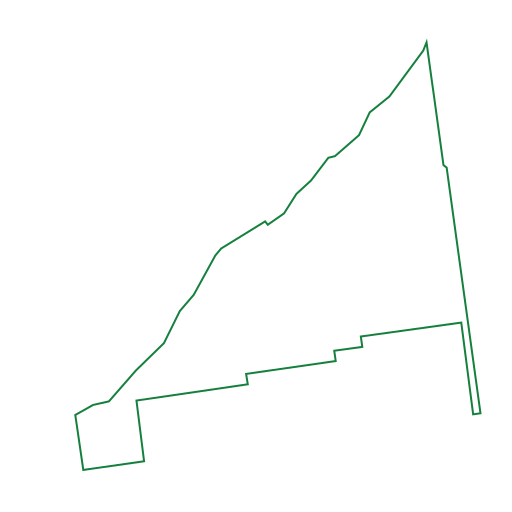 Merrick, Nebraska, United States of America, rotated 172°
{"feature_id": "52423323B25038053629018", "entity_name": "Merrick", "entity_type": "district", "adm_level": 2, "iso_a3": "USA", "parent_name": "United States of America", "parent_adm1": "Nebraska", "projection": "robinson", "projection_center": [-97.996, 41.132], "detail": "fine", "context": "isolated", "style": "outline", "palette": "green", "viewbox_px": 512, "rotation_deg": 172, "n_neighbors": 0, "source": "geoboundaries", "source_scale": "gbopen_adm2", "svg_char_len": 632}
<svg xmlns="http://www.w3.org/2000/svg" viewBox="0 0 512 512"><g transform="rotate(172 256 256)"><path d="M323.0,226.3L339.1,212.1L359.3,182.5L390.8,159.4L421.9,132.5L438.0,131.2L457.1,123.7L457.0,112.4L456.8,68.2L395.4,68.3L394.5,129.5L282.0,130.1L282.2,140.6L191.7,140.9L191.7,151.3L163.4,151.2L163.4,161.7L62.0,161.5L63.0,69.0L55.6,69.0L54.9,317.0L57.7,319.9L57.5,389.5L57.5,410.2L57.4,440.4L57.4,443.8L61.8,436.1L101.7,395.4L123.4,382.4L137.2,361.3L163.9,343.9L170.7,343.2L191.0,323.1L207.3,311.9L222.3,294.3L240.0,285.3L242.1,289.0L289.4,268.3L296.2,262.2L323.0,226.3Z" fill="none" stroke="#15803d" stroke-width="2"/></g></svg>